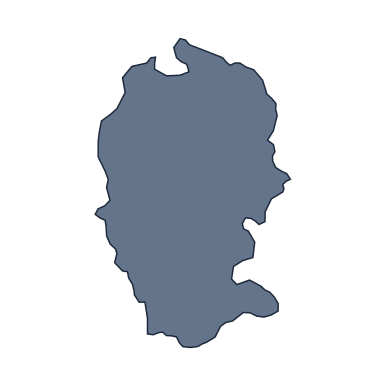 SVG path tracing the border of Pazardzhik, rotated 169°
{"feature_id": "BGR-2234", "entity_name": "Pazardzhik", "entity_type": "Province", "adm_level": 1, "iso_a3": "BGR", "parent_name": "Bulgaria", "parent_adm1": "", "projection": "robinson", "projection_center": [24.121, 42.158], "detail": "fine", "context": "isolated", "style": "filled", "palette": "slate", "viewbox_px": 384, "rotation_deg": 169, "n_neighbors": 0, "source": "natural_earth", "source_scale": "10m", "svg_char_len": 1580}
<svg xmlns="http://www.w3.org/2000/svg" viewBox="0 0 384 384"><g transform="rotate(169 192 192)"><path d="M262.8,61.1L259.8,76.5L259.2,92.8L264.9,93.9L268.2,102.1L267.7,105.3L268.0,112.6L270.6,119.8L270.5,126.0L275.3,127.8L281.4,137.4L277.5,145.9L277.9,150.6L282.2,156.3L284.2,165.1L282.9,174.4L282.7,180.9L287.1,183.9L291.3,188.5L287.4,193.4L280.2,195.1L274.1,199.5L275.0,212.9L271.8,220.2L273.3,229.2L277.4,244.5L274.4,259.6L271.5,268.6L267.3,279.0L257.5,283.6L249.8,288.1L238.6,302.4L238.4,317.4L227.0,326.8L211.9,327.2L206.8,331.6L202.1,331.3L204.1,325.6L205.3,319.6L194.8,310.9L181.6,308.9L172.0,310.6L172.8,318.4L177.7,321.9L181.6,326.8L182.3,337.3L174.5,344.8L169.6,342.6L166.4,337.0L136.3,318.0L133.6,313.0L130.4,309.1L125.2,310.4L120.5,309.5L114.8,304.1L108.2,300.3L101.4,288.3L99.8,273.7L95.8,268.5L92.7,262.7L94.1,257.3L93.8,250.8L100.5,236.5L108.0,228.5L103.0,222.9L102.9,215.8L106.1,212.0L106.9,206.8L105.2,200.1L100.6,195.7L95.5,191.9L93.0,185.7L97.6,184.6L101.5,182.1L101.1,177.7L102.9,174.7L115.4,170.1L124.0,158.5L126.0,149.0L132.4,147.3L135.4,151.4L138.9,154.7L144.4,156.4L148.6,151.4L148.4,146.0L144.2,142.9L140.0,130.8L144.7,116.1L155.3,115.0L165.5,111.0L169.8,99.0L165.6,92.6L152.3,94.6L142.3,86.4L139.1,81.9L134.8,78.8L131.1,72.8L128.7,66.0L130.2,58.7L138.0,56.1L145.3,55.5L152.3,57.9L158.0,62.3L164.6,63.9L176.9,57.6L183.5,57.5L189.5,54.8L196.9,45.3L206.5,41.7L211.1,40.9L215.7,39.2L223.2,39.7L230.4,41.9L233.4,46.9L234.8,52.7L239.5,54.7L244.5,56.0L247.6,60.1L251.6,60.3L257.2,59.3L262.8,61.1Z" fill="#64748b" stroke="#1e293b" stroke-width="1.5"/></g></svg>